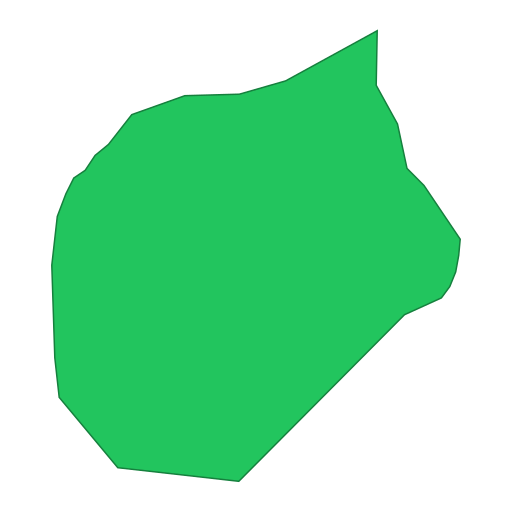 an SVG outline of Cerklje na Gorenjskem
{"feature_id": "SVN-942", "entity_name": "Cerklje na Gorenjskem", "entity_type": "Municipality", "adm_level": 1, "iso_a3": "SVN", "parent_name": "Slovenia", "parent_adm1": "", "projection": "equal_earth", "projection_center": [14.503, 46.257], "detail": "fine", "context": "isolated", "style": "filled", "palette": "green", "viewbox_px": 512, "rotation_deg": 0, "n_neighbors": 0, "source": "natural_earth", "source_scale": "10m", "svg_char_len": 443}
<svg xmlns="http://www.w3.org/2000/svg" viewBox="0 0 512 512"><path d="M131.8,114.6L184.8,95.7L239.3,94.2L285.6,80.9L377.2,30.7L376.2,85.3L397.5,124.0L407.0,168.4L424.0,185.5L460.2,239.2L458.7,255.5L455.7,271.9L449.8,286.5L441.4,297.9L404.5,314.7L238.8,481.3L117.8,467.7L59.2,397.4L54.8,357.7L51.8,265.2L57.3,216.4L65.9,193.8L73.8,178.0L85.2,170.3L95.1,155.4L108.5,144.4L131.8,114.6Z" fill="#22c55e" stroke="#15803d" stroke-width="1.5"/></svg>